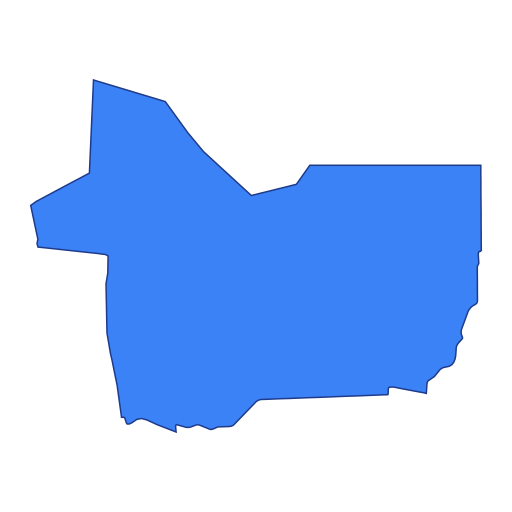 map outline of Gao (Robinson projection)
{"feature_id": "MLI-2690", "entity_name": "Gao", "entity_type": "Region", "adm_level": 1, "iso_a3": "MLI", "parent_name": "Mali", "parent_adm1": "", "projection": "robinson", "projection_center": [1.906, 16.933], "detail": "fine", "context": "isolated", "style": "filled", "palette": "blue", "viewbox_px": 512, "rotation_deg": 0, "n_neighbors": 0, "source": "natural_earth", "source_scale": "10m", "svg_char_len": 1955}
<svg xmlns="http://www.w3.org/2000/svg" viewBox="0 0 512 512"><path d="M129.3,424.0L127.1,424.0L126.4,422.9L124.6,417.6L123.9,417.3L121.5,417.3L121.5,417.1L117.1,385.2L115.4,376.9L111.9,359.6L110.6,354.2L110.0,350.7L107.0,333.1L106.7,319.4L106.5,308.1L106.0,283.9L107.8,273.0L107.9,265.8L108.1,256.0L105.6,254.5L102.8,254.2L97.9,253.5L75.4,251.1L43.2,247.6L38.0,247.1L37.0,243.5L37.9,239.3L35.4,227.6L30.7,205.4L36.6,201.2L75.2,180.6L89.4,173.1L93.5,80.0L165.3,101.6L187.7,132.6L203.4,151.5L251.3,195.5L296.4,184.3L309.8,165.3L381.8,165.3L439.6,165.3L480.7,165.3L480.8,165.3L480.8,171.4L480.9,182.1L480.9,192.9L481.0,203.6L481.1,214.4L481.1,225.2L481.2,235.9L481.2,241.4L481.3,250.5L480.3,251.4L479.5,251.4L478.9,251.7L478.4,253.2L478.3,254.8L478.8,263.3L478.4,264.2L477.5,266.0L477.3,266.7L477.3,272.2L477.4,283.9L477.4,291.4L477.5,301.0L476.9,303.0L475.8,304.1L472.5,306.0L470.8,307.5L469.3,309.3L468.2,311.2L461.4,329.7L461.1,332.1L461.4,334.5L462.4,337.1L462.5,337.3L462.5,337.6L462.5,338.1L462.5,338.3L462.4,338.6L458.0,343.5L456.8,345.5L456.3,347.1L455.7,355.6L455.1,358.9L454.1,361.5L453.9,362.0L452.0,364.6L449.2,366.3L443.1,367.6L440.3,369.3L434.4,376.5L427.8,381.1L427.0,383.4L426.3,393.4L424.9,393.1L424.5,392.9L416.7,391.5L402.4,388.8L393.3,387.0L390.3,387.1L389.1,387.4L388.5,387.9L388.4,388.7L388.2,390.3L388.2,393.6L387.8,394.7L384.0,394.8L376.7,395.1L369.3,395.4L362.0,395.7L354.6,396.0L347.3,396.2L339.9,396.5L332.6,396.8L325.2,397.1L317.9,397.4L310.5,397.6L303.2,397.9L295.8,398.2L288.5,398.5L281.2,398.7L273.8,399.0L266.5,399.3L260.9,399.5L258.3,400.2L256.2,401.6L251.1,406.9L245.0,413.2L240.0,418.4L233.6,425.0L231.8,426.0L229.7,426.5L218.0,426.9L215.8,427.8L213.7,428.8L211.6,429.4L210.5,429.5L198.7,424.8L196.3,424.9L191.4,426.8L189.0,427.4L186.4,427.4L176.4,424.6L175.7,425.5L175.7,427.6L176.1,432.0L157.0,424.6L146.8,419.9L141.5,418.5L136.8,419.4L132.0,422.7L129.3,424.0Z" fill="#3b82f6" stroke="#1e3a8a" stroke-width="1.5"/></svg>